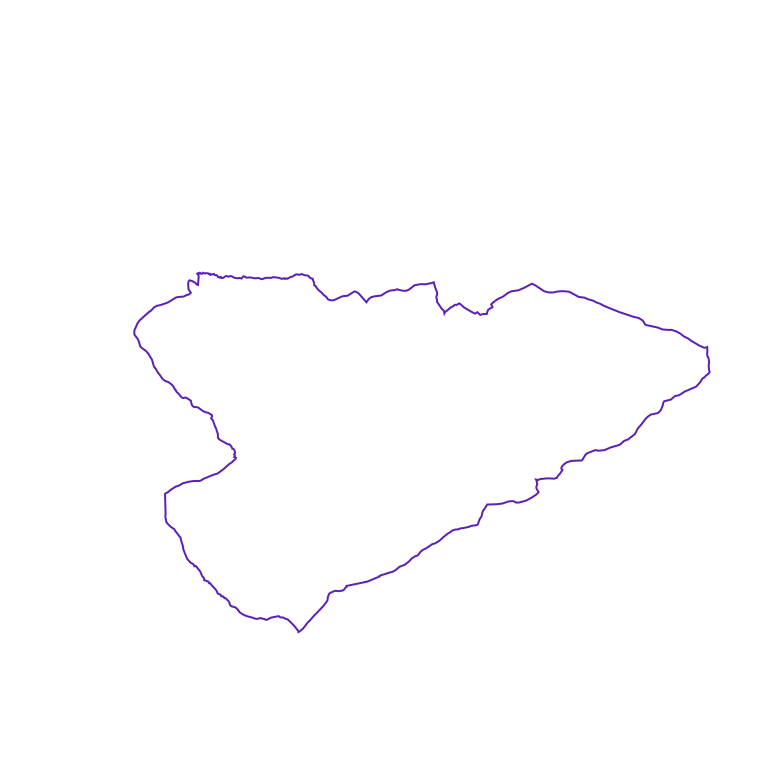 the district of Barsau, Satu Mare, Romania, rotated 138°
{"feature_id": "2599482B93689648054040", "entity_name": "Barsau", "entity_type": "district", "adm_level": 2, "iso_a3": "ROU", "parent_name": "Romania", "parent_adm1": "Satu Mare", "projection": "albers", "projection_center": [23.225, 47.589], "detail": "fine", "context": "isolated", "style": "outline", "palette": "violet", "viewbox_px": 768, "rotation_deg": 138, "n_neighbors": 0, "source": "geoboundaries", "source_scale": "gbopen_adm2", "svg_char_len": 6166}
<svg xmlns="http://www.w3.org/2000/svg" viewBox="0 0 768 768"><g transform="rotate(138 384 384)"><path d="M543.1,519.8L542.7,519.4L543.4,517.3L543.2,513.7L543.4,509.6L542.7,507.9L540.9,507.0L540.2,506.2L538.7,500.9L540.6,497.5L540.9,496.3L540.8,494.5L540.4,493.7L538.9,492.5L537.8,490.7L536.7,485.2L535.6,482.7L533.9,480.1L532.7,476.0L533.7,474.8L535.3,474.3L535.5,473.1L535.4,471.8L538.0,465.3L538.9,462.4L539.9,460.6L540.7,458.4L543.4,455.1L543.5,453.5L543.2,452.0L540.4,443.7L539.4,442.9L539.1,441.1L539.5,438.7L540.0,437.5L539.3,436.4L539.3,435.5L540.6,432.6L541.2,432.1L542.4,432.0L543.0,430.2L544.1,429.8L543.6,429.2L543.5,428.1L544.6,427.7L549.4,427.6L552.8,428.1L559.8,428.1L567.5,428.8L571.7,430.8L582.2,434.5L584.0,434.6L585.8,435.3L590.3,439.2L594.3,441.9L599.8,444.8L604.3,445.7L607.5,447.1L613.3,448.1L617.1,448.2L619.6,448.9L620.3,448.8L633.7,433.1L635.1,432.0L638.1,427.1L638.3,424.9L638.0,420.3L637.0,416.5L637.5,414.3L637.6,411.0L638.0,407.7L637.8,406.6L640.4,401.6L642.3,397.2L643.5,396.0L644.9,392.5L647.3,385.5L647.3,380.8L646.2,377.3L646.9,375.5L646.7,375.1L645.8,374.8L645.6,374.1L646.0,367.8L647.6,363.1L647.7,359.9L648.9,358.6L646.7,354.5L647.3,352.9L646.4,352.0L646.7,350.2L646.6,343.8L647.1,341.1L647.7,339.9L647.5,339.4L647.5,338.7L646.4,336.9L647.0,335.2L645.8,334.0L645.9,333.1L645.6,332.6L645.9,331.7L645.0,330.5L644.9,327.4L644.9,325.7L646.1,323.2L646.4,321.9L645.7,320.1L644.3,318.2L643.8,316.7L643.6,314.2L644.0,311.0L643.3,307.8L641.5,303.6L638.4,298.9L636.7,295.7L635.4,294.3L632.1,292.5L631.4,290.9L630.1,289.5L630.0,288.6L628.9,287.1L624.5,286.1L617.6,282.0L617.3,280.1L615.1,277.8L614.6,276.0L613.1,273.5L612.7,268.9L612.6,263.3L613.0,257.5L613.5,257.0L612.0,256.5L607.3,256.5L599.6,257.9L597.9,257.8L591.3,258.6L578.4,259.5L572.7,260.5L570.4,261.3L568.4,263.2L564.9,264.9L562.5,264.4L558.8,263.1L556.2,260.3L553.0,258.2L551.3,257.9L548.6,258.5L547.5,258.2L547.0,259.0L528.6,248.3L516.0,243.9L515.8,244.3L514.0,243.8L502.4,238.4L499.2,237.9L494.9,237.8L489.5,235.8L484.8,235.4L479.9,235.8L476.3,235.2L473.4,234.0L469.0,234.9L466.2,234.7L461.5,233.5L455.3,232.7L452.7,231.4L447.5,230.4L441.9,230.5L436.7,230.1L433.6,229.5L431.4,229.5L428.0,227.9L426.1,226.3L423.5,225.4L421.4,223.8L415.8,220.7L414.0,220.2L409.8,217.2L408.5,216.8L403.2,219.6L400.2,220.3L395.9,223.3L392.5,224.0L388.0,225.4L380.9,219.4L376.1,216.0L370.3,213.5L368.6,212.4L366.7,210.8L365.9,209.7L365.3,207.7L362.9,205.5L356.3,202.2L350.0,200.7L345.1,200.0L341.8,200.0L341.3,200.7L340.9,203.2L340.4,204.7L339.7,205.6L337.4,206.8L335.5,209.6L335.0,211.3L333.6,209.5L331.5,208.8L326.7,205.3L324.1,203.1L320.8,199.7L318.3,198.6L315.9,199.4L313.3,199.6L308.9,200.7L308.9,202.4L307.4,203.5L304.2,203.9L300.6,203.5L296.2,201.5L288.5,195.1L287.8,194.8L282.0,196.5L280.4,196.7L278.5,196.3L271.5,193.6L270.7,193.0L269.8,191.4L264.7,187.5L257.6,185.0L249.6,181.1L243.6,181.0L239.6,179.5L230.9,178.9L225.2,181.1L220.1,181.7L213.0,183.1L209.9,183.2L206.3,182.8L200.0,179.2L196.4,179.2L191.6,181.3L188.8,183.3L187.2,183.7L181.4,180.5L175.8,180.3L172.1,178.2L165.7,177.2L153.9,173.2L148.2,173.7L143.6,175.0L142.0,174.6L139.1,174.8L135.4,174.5L133.9,175.2L132.8,177.3L130.2,180.7L127.8,182.6L125.7,185.8L125.1,187.3L125.2,188.0L124.0,189.9L122.1,191.6L119.1,195.2L120.1,195.5L121.8,196.7L124.1,201.9L127.0,211.3L127.5,214.1L129.2,218.4L130.1,223.3L131.6,227.5L134.1,231.9L136.5,233.9L140.5,238.2L142.8,242.8L149.6,252.2L150.1,253.5L149.2,257.8L150.5,262.5L153.7,267.1L161.2,280.4L168.3,295.0L170.0,299.7L171.6,302.5L172.9,306.1L175.7,310.5L177.3,314.1L181.0,318.3L184.5,328.3L187.0,331.4L190.0,334.2L193.7,337.0L196.9,338.7L200.1,341.6L202.5,345.0L203.2,346.8L205.5,356.0L207.0,359.6L215.2,361.6L221.4,363.7L227.0,367.5L230.8,368.7L237.0,369.3L242.0,370.8L245.6,371.4L250.0,371.6L251.2,371.3L251.5,369.5L252.0,368.5L256.7,369.5L258.8,368.6L260.7,367.3L264.1,370.0L266.3,371.0L266.6,374.9L269.3,375.4L271.0,380.0L273.0,386.4L273.4,388.1L273.8,392.4L274.2,393.6L277.2,394.2L278.2,395.4L280.6,395.5L283.4,396.3L288.9,396.4L290.1,396.7L291.9,396.0L290.4,398.5L290.8,401.0L289.6,409.6L288.2,411.2L287.6,412.7L286.7,413.8L284.8,414.8L283.4,416.2L281.4,421.4L279.0,426.4L281.4,427.2L282.4,428.1L285.6,429.7L290.3,433.9L295.3,437.0L302.1,437.4L304.7,438.2L306.5,439.6L308.6,442.0L310.6,445.0L310.6,445.4L313.6,446.9L316.7,449.2L320.5,450.6L326.8,451.6L332.4,455.5L335.5,457.1L338.4,457.4L342.4,456.5L342.2,467.5L342.5,469.6L343.4,471.9L344.2,472.6L352.1,474.0L355.2,476.4L356.7,477.2L365.4,479.9L367.6,481.9L368.8,483.8L369.0,484.6L368.7,486.3L368.7,488.2L369.3,490.4L369.2,493.3L369.8,497.2L369.8,499.7L369.3,502.9L369.8,504.0L368.5,505.6L366.6,510.1L367.5,511.2L368.1,513.1L367.8,514.3L367.9,515.1L368.6,516.2L370.0,517.6L371.0,519.4L371.4,520.7L373.9,521.7L374.8,523.3L376.6,524.5L380.2,525.1L381.4,525.9L385.4,526.9L385.8,527.8L387.2,528.2L387.2,529.2L387.4,529.5L388.7,529.9L389.7,530.6L390.7,532.7L393.5,536.2L395.3,537.8L396.6,538.2L400.8,542.0L404.5,543.5L405.1,544.2L406.1,546.5L409.4,549.1L412.5,553.2L414.4,554.4L415.3,555.7L416.1,558.0L417.4,558.1L419.3,557.7L420.2,559.3L422.6,561.0L424.3,563.5L425.0,565.7L425.9,567.0L427.7,567.8L428.5,569.3L429.1,569.9L432.7,570.6L433.8,571.5L433.5,572.3L433.7,572.7L434.8,572.8L435.0,573.8L435.7,574.4L435.4,576.5L435.7,577.1L436.6,577.7L436.9,578.6L436.7,579.5L438.6,580.4L439.2,581.7L440.0,581.4L440.3,581.9L440.2,582.3L440.5,582.8L440.3,583.1L440.6,583.8L441.7,585.1L442.9,585.8L444.1,587.8L444.9,587.5L445.6,587.8L446.0,588.6L446.6,588.9L446.3,589.6L446.4,589.9L447.3,589.8L447.6,590.5L448.9,591.0L449.2,589.1L449.8,587.8L456.0,582.1L456.5,582.9L456.6,585.5L457.6,588.7L459.1,591.1L459.5,591.3L460.5,591.1L462.6,589.4L465.5,585.8L466.1,584.1L466.5,581.0L467.0,580.9L469.3,581.1L470.9,582.1L474.5,583.1L479.2,586.7L480.8,587.5L490.1,589.2L497.9,592.5L500.0,593.9L503.2,594.8L509.1,594.4L509.8,594.8L523.1,594.8L526.7,594.0L533.7,590.8L535.8,588.6L536.5,587.3L536.8,582.9L537.4,580.5L540.0,574.9L539.9,572.8L538.8,567.8L538.9,564.1L540.2,557.2L543.3,550.9L543.4,548.5L544.4,544.0L544.4,542.0L545.2,535.9L544.5,532.3L543.4,530.7L542.8,529.1L542.1,525.2L542.2,523.0L543.1,519.8Z" fill="none" stroke="#5b21b6" stroke-width="2"/></g></svg>